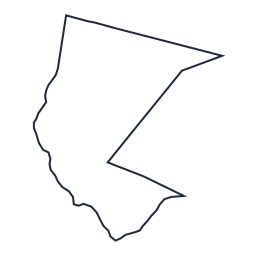 outline of Belém, Paraíba, Brazil
{"feature_id": "56859067B74448928425646", "entity_name": "Belém", "entity_type": "district", "adm_level": 2, "iso_a3": "BRA", "parent_name": "Brazil", "parent_adm1": "Paraíba", "projection": "robinson", "projection_center": [-35.506, -6.712], "detail": "fine", "context": "isolated", "style": "outline", "palette": "slate", "viewbox_px": 256, "rotation_deg": 0, "n_neighbors": 0, "source": "geoboundaries", "source_scale": "gbopen_adm2", "svg_char_len": 801}
<svg xmlns="http://www.w3.org/2000/svg" viewBox="0 0 256 256"><path d="M73.8,204.3L78.7,205.7L83.6,203.8L91.4,206.7L96.6,212.4L100.0,219.4L103.5,226.0L108.4,230.7L110.4,236.4L115.5,240.6L120.3,238.5L125.6,234.8L129.7,233.7L135.7,232.0L139.8,230.4L142.9,225.9L147.4,221.0L150.9,216.3L156.6,210.2L159.9,204.3L164.5,199.1L171.4,196.9L178.4,196.4L183.8,195.9L143.2,176.2L114.6,165.1L107.7,162.4L127.9,137.3L164.2,92.6L181.9,70.7L222.1,55.8L117.5,28.8L94.5,22.5L88.9,21.5L66.1,15.4L57.8,68.9L55.7,75.1L51.8,80.6L48.4,85.1L46.2,90.5L45.1,96.1L46.2,102.0L42.2,107.8L38.2,113.5L36.6,118.2L33.9,122.6L33.9,128.1L36.4,134.4L39.0,143.2L43.0,149.8L48.5,152.4L50.4,158.9L49.5,164.1L50.7,169.9L55.0,175.3L58.0,181.6L62.3,187.1L68.8,191.2L73.0,197.0L73.8,204.3Z" fill="none" stroke="#1e293b" stroke-width="2"/></svg>